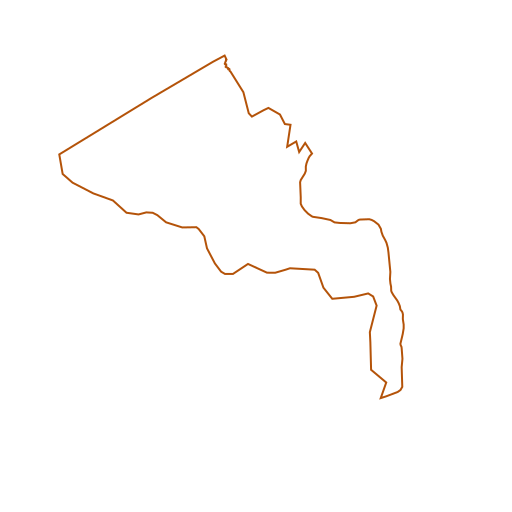 outline of St. Charles, Missouri, United States of America, rotated 58°
{"feature_id": "52423323B56578424845475", "entity_name": "St. Charles", "entity_type": "district", "adm_level": 2, "iso_a3": "USA", "parent_name": "United States of America", "parent_adm1": "Missouri", "projection": "natural_earth1", "projection_center": [-90.636, 38.751], "detail": "fine", "context": "isolated", "style": "outline", "palette": "amber", "viewbox_px": 512, "rotation_deg": 58, "n_neighbors": 0, "source": "geoboundaries", "source_scale": "gbopen_adm2", "svg_char_len": 2196}
<svg xmlns="http://www.w3.org/2000/svg" viewBox="0 0 512 512"><g transform="rotate(58 256 256)"><path d="M169.1,318.0L179.8,314.4L192.7,303.4L200.0,291.3L202.7,290.3L211.9,289.4L223.5,293.5L240.5,294.8L250.8,293.9L254.8,291.8L259.0,285.1L258.5,267.0L276.0,255.5L280.4,248.5L283.3,238.2L284.4,233.7L298.7,213.5L303.2,212.2L318.6,215.6L332.7,214.0L342.6,194.4L347.2,180.7L352.4,178.1L362.0,180.0L380.9,199.8L389.7,204.7L413.5,218.7L432.3,212.6L442.6,225.5L443.9,220.4L446.4,207.9L446.2,204.5L444.5,201.3L427.5,191.4L420.8,186.3L411.7,181.5L410.2,180.8L408.0,180.5L406.9,180.0L401.8,174.8L399.9,172.9L395.6,169.1L392.4,167.1L387.3,164.9L383.5,162.4L381.8,161.8L380.5,161.6L377.9,161.9L374.8,160.6L372.1,160.1L371.4,160.0L368.6,159.8L362.0,160.2L358.7,160.1L357.2,159.8L353.6,157.7L350.6,156.6L346.5,154.6L340.7,150.5L324.4,142.4L323.2,141.8L318.8,139.8L314.1,138.4L311.1,138.0L305.9,137.7L301.9,136.8L299.1,135.7L294.3,135.5L289.1,137.4L286.7,138.8L284.8,140.5L280.2,148.5L279.8,149.8L279.8,150.7L280.1,153.9L278.2,158.7L272.4,167.4L269.1,171.6L264.9,173.8L258.6,180.3L252.9,187.0L252.0,187.6L247.7,189.4L243.7,190.3L242.8,190.5L238.3,190.8L235.4,190.4L230.0,187.0L216.8,179.5L215.3,177.8L212.0,171.0L210.2,168.6L206.6,166.4L204.3,164.2L202.5,161.9L200.7,159.3L199.8,157.6L198.8,154.2L186.2,154.4L190.7,164.3L180.2,161.2L179.9,171.7L163.0,157.2L159.4,161.6L148.7,160.7L137.0,167.0L136.4,172.2L135.6,185.6L131.1,186.5L110.4,179.9L86.2,179.9L85.6,180.1L85.3,180.2L84.7,180.2L84.3,179.9L83.8,179.7L83.5,179.5L83.3,179.5L83.1,179.6L83.1,179.8L83.2,180.0L83.1,180.3L82.9,180.6L82.7,180.6L82.2,180.4L82.1,180.2L81.8,180.1L81.5,180.4L80.9,180.6L80.6,180.7L80.4,181.0L80.1,180.9L79.9,181.0L79.7,181.4L79.6,181.5L79.4,181.4L79.2,181.0L79.2,180.7L78.9,180.4L78.5,180.2L78.2,180.1L77.9,179.8L77.7,179.7L77.5,179.8L77.4,180.1L77.2,180.3L77.1,180.6L76.7,180.7L76.4,180.6L76.2,180.2L75.9,179.9L75.7,179.7L75.2,179.1L74.8,178.5L74.7,178.4L74.7,178.1L74.3,177.6L73.9,177.6L73.6,177.4L73.6,176.9L69.4,176.4L68.5,189.4L66.6,260.8L66.4,283.5L65.6,369.0L84.0,376.5L96.6,372.7L116.7,360.8L133.1,347.9L150.7,342.9L158.5,333.6L160.9,325.9L164.6,320.7L169.1,318.0Z" fill="none" stroke="#b45309" stroke-width="2"/></g></svg>